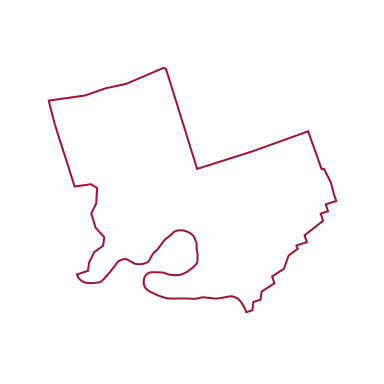 New Madrid, Missouri, United States of America (Albers equal-area conic projection), rotated 72°
{"feature_id": "52423323B13750065004346", "entity_name": "New Madrid", "entity_type": "district", "adm_level": 2, "iso_a3": "USA", "parent_name": "United States of America", "parent_adm1": "Missouri", "projection": "albers", "projection_center": [-89.531, 36.604], "detail": "fine", "context": "isolated", "style": "outline", "palette": "rose", "viewbox_px": 384, "rotation_deg": 72, "n_neighbors": 0, "source": "geoboundaries", "source_scale": "gbopen_adm2", "svg_char_len": 1846}
<svg xmlns="http://www.w3.org/2000/svg" viewBox="0 0 384 384"><g transform="rotate(72 192 192)"><path d="M234.9,327.0L237.7,326.7L240.2,325.8L242.2,324.6L244.0,323.0L245.5,321.1L247.8,315.4L249.2,308.4L249.3,307.7L249.0,306.0L247.5,302.7L242.9,294.9L236.0,284.9L235.2,283.1L234.8,281.4L234.7,279.6L234.8,277.4L235.5,275.5L236.6,274.1L242.1,269.0L242.9,267.8L243.7,266.5L244.6,263.8L245.2,261.2L245.2,256.9L244.8,255.3L244.0,254.0L239.1,248.8L237.2,245.6L235.7,242.0L231.1,235.9L229.5,233.3L228.6,231.7L226.4,225.8L224.7,222.1L224.2,220.6L224.1,217.9L224.8,215.1L226.0,212.0L227.5,209.7L229.6,207.3L231.8,205.5L234.4,204.1L235.9,203.8L242.0,203.5L244.1,204.0L245.6,204.7L247.3,205.2L253.1,205.9L259.3,208.2L260.9,209.2L261.7,210.0L264.0,214.2L266.3,220.8L267.2,226.2L267.0,229.4L265.9,233.7L264.4,237.6L262.4,240.9L260.3,243.4L259.1,245.8L258.6,247.1L255.8,255.3L255.5,256.7L255.6,258.1L255.9,259.6L257.0,261.9L258.8,263.9L262.7,265.8L264.7,266.3L267.8,266.2L269.3,265.7L272.3,264.1L274.1,262.5L278.9,257.4L281.9,253.7L284.5,249.9L285.8,247.6L286.8,245.0L291.5,230.2L294.3,223.1L295.1,218.2L295.2,215.9L295.4,214.3L300.8,202.2L301.6,198.4L302.7,189.8L303.3,186.9L303.7,185.9L305.5,183.4L307.7,181.2L311.4,179.5L316.6,178.2L320.5,177.6L323.1,177.6L323.2,171.1L315.6,167.7L315.5,160.1L308.2,156.5L304.3,141.8L297.1,141.9L293.4,128.2L282.3,119.8L278.7,109.0L275.1,109.2L275.2,98.2L268.0,98.4L259.9,76.3L252.3,76.2L252.3,68.6L245.1,68.6L245.1,57.6L237.8,57.7L226.0,57.0L210.8,59.3L210.2,61.7L203.1,61.9L186.5,62.3L175.6,62.7L170.2,62.8L172.0,123.0L171.6,180.0L67.0,178.7L65.1,180.7L68.8,221.1L66.7,241.4L67.1,264.3L60.8,299.9L65.4,300.4L84.9,301.6L150.5,301.9L153.4,285.7L158.8,281.0L173.5,286.7L181.2,294.5L196.3,294.7L208.0,289.4L215.6,293.2L219.1,303.7L227.5,311.8L234.8,315.3L234.9,327.0Z" fill="none" stroke="#9f1239" stroke-width="2"/></g></svg>